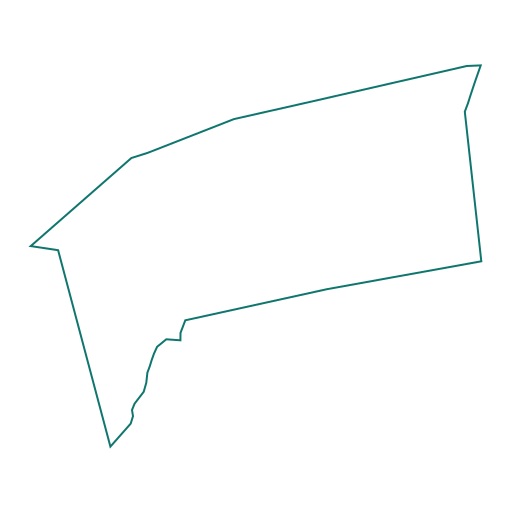 Parazinho, Rio Grande do Norte, Brazil (Mercator projection)
{"feature_id": "56859067B43520883342658", "entity_name": "Parazinho", "entity_type": "district", "adm_level": 2, "iso_a3": "BRA", "parent_name": "Brazil", "parent_adm1": "Rio Grande do Norte", "projection": "mercator", "projection_center": [-35.954, -5.303], "detail": "fine", "context": "isolated", "style": "outline", "palette": "teal", "viewbox_px": 512, "rotation_deg": 0, "n_neighbors": 0, "source": "geoboundaries", "source_scale": "gbopen_adm2", "svg_char_len": 504}
<svg xmlns="http://www.w3.org/2000/svg" viewBox="0 0 512 512"><path d="M30.7,246.1L58.1,250.2L110.4,446.6L130.7,423.6L133.0,416.2L132.0,410.0L134.6,403.6L143.7,391.8L146.3,382.7L147.4,372.6L149.8,366.2L151.7,360.0L154.0,353.6L157.1,346.8L166.3,339.3L180.4,340.3L180.5,332.9L185.3,320.3L326.9,289.2L393.8,277.1L481.3,261.3L464.8,111.7L468.0,103.2L470.2,96.2L474.5,83.2L480.7,65.4L466.7,66.0L313.9,101.0L233.9,119.1L147.8,152.8L131.4,158.0L30.7,246.1Z" fill="none" stroke="#0f766e" stroke-width="2"/></svg>